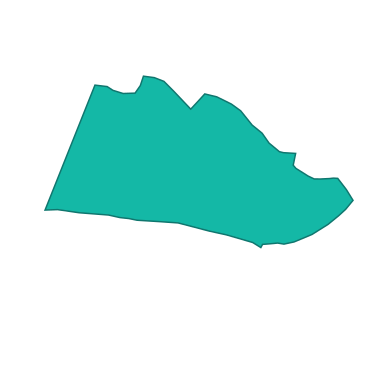 outline of Rosso, Trarza, Mauritania, rotated 213°
{"feature_id": "47542326B77132653245300", "entity_name": "Rosso", "entity_type": "district", "adm_level": 2, "iso_a3": "MRT", "parent_name": "Mauritania", "parent_adm1": "Trarza", "projection": "albers", "projection_center": [-15.757, 16.661], "detail": "fine", "context": "isolated", "style": "filled", "palette": "teal", "viewbox_px": 384, "rotation_deg": 213, "n_neighbors": 0, "source": "geoboundaries", "source_scale": "gbopen_adm2", "svg_char_len": 837}
<svg xmlns="http://www.w3.org/2000/svg" viewBox="0 0 384 384"><g transform="rotate(213 192 192)"><path d="M52.4,272.7L63.9,278.1L77.2,282.8L80.9,280.7L84.1,278.1L91.3,272.9L96.6,269.5L103.4,268.6L117.7,268.4L121.7,269.6L126.1,280.8L136.7,274.8L140.7,273.4L154.1,275.0L165.2,279.5L178.1,280.9L195.4,286.6L206.9,287.2L223.0,285.3L234.7,281.2L236.8,268.7L238.2,260.8L262.3,266.6L275.8,269.5L285.9,267.4L295.8,262.7L293.3,253.1L293.6,243.9L303.4,237.1L313.7,234.2L320.6,234.2L327.5,230.8L331.6,228.8L305.4,96.8L295.2,104.0L275.4,113.1L249.5,127.2L238.5,131.3L230.6,135.3L222.7,138.4L202.5,149.8L186.8,158.5L156.0,168.7L140.1,174.7L113.6,182.7L104.0,182.9L104.3,186.5L99.6,190.1L95.5,193.3L92.4,195.8L86.5,198.4L79.2,205.7L68.2,221.8L60.2,239.1L56.1,251.9L53.7,261.1L52.4,272.7Z" fill="#14b8a6" stroke="#0f766e" stroke-width="1.5"/></g></svg>